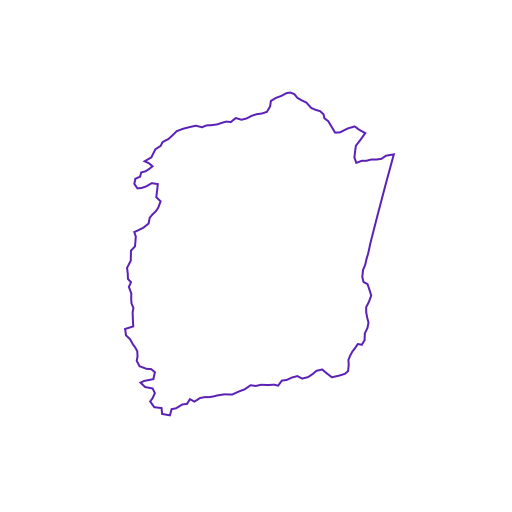 outline of Rinópolis, São Paulo, Brazil, rotated 234°
{"feature_id": "56859067B4040247009846", "entity_name": "Rinópolis", "entity_type": "district", "adm_level": 2, "iso_a3": "BRA", "parent_name": "Brazil", "parent_adm1": "São Paulo", "projection": "albers", "projection_center": [-50.712, -21.682], "detail": "fine", "context": "isolated", "style": "outline", "palette": "violet", "viewbox_px": 512, "rotation_deg": 234, "n_neighbors": 0, "source": "geoboundaries", "source_scale": "gbopen_adm2", "svg_char_len": 2420}
<svg xmlns="http://www.w3.org/2000/svg" viewBox="0 0 512 512"><g transform="rotate(234 256 256)"><path d="M398.1,221.6L393.7,224.0L389.4,225.0L389.2,220.5L389.5,216.3L391.1,212.2L388.3,208.9L389.4,203.8L385.9,200.0L380.4,199.8L378.3,203.4L376.8,208.2L376.2,214.5L371.9,218.8L367.3,214.7L362.2,209.9L356.3,210.9L352.6,205.4L351.1,201.5L350.5,196.8L349.4,192.5L345.4,188.2L345.1,181.6L346.0,176.0L346.9,171.6L342.4,170.2L338.5,166.9L334.9,163.7L333.8,158.0L325.8,151.9L322.2,144.7L317.1,141.9L312.7,138.9L308.3,139.5L305.7,135.0L299.0,133.1L294.5,129.7L290.8,127.4L286.0,126.3L283.0,123.1L275.8,118.3L271.2,115.3L273.9,107.2L268.2,104.2L262.7,105.2L257.1,104.5L253.0,104.5L248.8,104.0L244.2,101.0L241.4,97.9L235.3,97.0L229.2,101.0L226.1,104.7L221.4,105.9L216.7,100.6L220.6,92.2L221.4,88.1L215.1,89.3L209.6,94.5L204.5,93.6L201.8,88.8L200.5,84.9L193.5,84.8L188.5,90.2L183.4,87.2L177.7,92.7L181.7,97.7L179.8,101.7L179.2,109.1L176.9,113.3L179.0,118.4L174.4,120.6L174.0,127.2L172.0,131.5L169.5,134.9L167.4,139.0L165.9,142.8L162.8,148.9L157.9,155.3L156.5,162.3L154.8,168.5L154.6,175.7L151.0,179.4L148.9,184.3L144.3,190.2L141.3,195.0L138.1,197.7L140.0,203.7L137.7,207.9L136.5,213.8L134.5,218.9L129.7,221.3L127.4,227.0L127.2,232.7L127.6,237.4L125.3,242.8L119.0,244.4L113.3,246.1L110.5,252.6L108.4,258.6L108.8,262.9L113.4,267.0L117.5,269.6L120.0,273.5L122.0,277.7L123.4,282.3L124.9,286.7L122.0,289.4L124.1,294.4L129.4,298.5L132.3,303.9L135.9,307.8L141.4,310.0L145.7,312.1L149.8,315.0L152.6,320.5L156.2,325.9L161.3,327.7L167.7,329.7L171.8,327.7L176.6,329.7L181.9,334.5L184.7,339.2L188.6,343.6L192.0,348.1L199.5,356.5L218.9,379.9L222.7,384.6L236.6,401.6L257.2,427.2L260.7,420.2L260.9,414.6L263.1,410.4L266.3,405.9L268.2,401.2L270.9,397.4L272.4,391.9L277.9,393.5L282.1,397.4L286.5,401.6L287.8,406.2L289.3,411.0L291.2,416.6L297.7,413.6L302.8,412.0L305.3,405.1L306.6,396.7L309.3,392.5L322.6,393.7L327.2,392.3L330.9,393.9L335.5,393.0L339.2,390.1L343.3,387.7L350.6,386.9L354.8,384.6L359.7,382.4L364.4,382.2L368.0,379.9L369.9,376.3L370.6,370.6L372.2,365.0L372.7,359.2L368.7,355.3L366.2,349.5L367.9,344.3L370.2,340.2L371.9,335.2L372.8,329.2L374.8,324.3L379.5,320.7L379.2,314.3L382.2,311.0L383.9,306.4L385.2,302.1L388.0,296.9L390.7,292.8L391.9,288.0L396.8,283.9L399.5,277.6L401.9,271.5L403.6,265.1L402.9,260.8L402.1,254.2L403.1,247.4L401.1,243.6L401.5,237.4L397.3,229.3L398.1,221.6Z" fill="none" stroke="#5b21b6" stroke-width="2"/></g></svg>